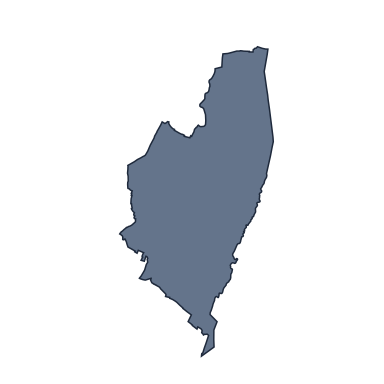 Vicovu De Sus, Suceava, Romania (Robinson projection), rotated 104°
{"feature_id": "2599482B73832637769568", "entity_name": "Vicovu De Sus", "entity_type": "district", "adm_level": 2, "iso_a3": "ROU", "parent_name": "Romania", "parent_adm1": "Suceava", "projection": "robinson", "projection_center": [25.674, 47.922], "detail": "fine", "context": "isolated", "style": "filled", "palette": "slate", "viewbox_px": 384, "rotation_deg": 104, "n_neighbors": 0, "source": "geoboundaries", "source_scale": "gbopen_adm2", "svg_char_len": 6063}
<svg xmlns="http://www.w3.org/2000/svg" viewBox="0 0 384 384"><g transform="rotate(104 192 192)"><path d="M131.2,237.9L134.7,238.6L139.8,240.0L141.8,240.6L142.4,240.5L144.0,241.0L146.9,241.8L148.2,241.8L149.1,241.9L156.6,243.8L162.9,244.8L165.4,245.5L167.6,246.2L168.6,247.1L169.4,248.1L171.3,250.0L173.7,252.8L176.5,255.2L181.7,260.7L182.4,260.3L183.2,260.2L185.4,259.7L189.4,259.1L192.1,257.8L196.9,256.5L198.0,256.7L199.2,256.5L200.5,256.2L203.6,255.2L204.0,255.0L204.1,254.7L204.1,253.7L204.2,253.4L204.9,252.5L205.1,252.1L205.4,250.3L207.9,250.6L207.9,250.1L210.0,250.1L209.9,249.4L213.4,249.4L218.1,248.5L218.0,247.9L220.4,247.0L222.0,246.1L222.6,246.8L223.5,246.3L225.0,244.7L226.1,242.8L227.6,243.2L228.9,242.5L228.8,241.9L229.7,241.7L231.1,242.0L231.8,241.1L231.7,240.2L234.5,239.7L235.2,240.0L238.9,242.6L240.3,244.2L240.8,245.2L242.0,246.3L242.1,246.9L242.4,247.2L242.7,247.2L244.9,248.9L246.2,249.7L247.3,250.5L247.7,251.0L249.0,251.4L249.2,251.7L250.2,252.0L250.6,250.7L251.4,249.0L252.0,248.6L252.5,248.3L253.7,248.0L254.7,247.8L254.9,247.6L255.0,247.1L254.8,246.7L254.7,246.4L254.2,246.3L254.0,246.1L253.9,245.4L256.6,243.4L258.1,242.6L260.9,240.8L262.5,234.9L263.1,232.8L263.9,233.1L264.7,230.5L261.6,230.0L262.6,224.2L263.8,224.6L266.0,224.9L266.8,224.8L267.1,224.7L267.2,224.1L270.6,224.9L270.7,221.5L265.5,221.2L265.6,220.2L267.0,218.9L268.0,219.2L270.9,218.0L273.4,218.8L277.8,219.0L279.3,219.1L281.8,219.8L285.8,221.0L288.4,222.2L288.7,221.3L288.9,218.5L288.8,216.1L288.5,215.5L285.6,210.8L285.8,210.7L287.4,210.9L289.8,209.0L290.4,206.9L290.6,206.9L290.7,205.7L290.9,204.9L291.0,205.0L292.0,201.1L292.4,200.2L293.5,199.1L297.2,193.0L297.8,192.5L298.2,192.3L299.8,192.4L299.8,191.8L299.8,189.9L299.7,188.2L300.1,188.2L300.5,188.0L301.0,184.7L301.2,184.1L302.0,181.7L302.7,180.0L304.6,176.8L306.9,172.5L307.2,172.6L308.9,168.8L309.0,168.7L311.4,162.9L318.7,164.4L320.9,159.5L321.4,159.5L323.8,154.0L321.5,153.7L322.4,150.7L322.9,149.7L324.1,148.6L326.1,148.6L326.3,148.4L326.5,148.0L326.8,147.6L327.3,146.8L327.9,146.4L328.0,146.1L327.6,145.9L327.1,145.6L326.9,145.1L326.8,144.1L326.3,143.2L326.3,142.9L326.3,142.7L326.7,142.0L327.2,141.2L335.5,141.8L340.5,142.3L345.6,142.6L346.0,143.1L346.4,143.4L347.8,143.3L349.0,143.1L337.1,133.1L330.2,135.1L320.6,137.4L311.8,136.3L306.8,144.4L306.6,144.8L305.0,145.1L304.4,145.1L303.7,145.0L302.1,144.7L298.8,144.5L297.5,144.4L296.3,144.5L294.3,144.3L291.9,143.9L290.3,144.1L289.4,144.1L288.9,144.0L288.1,143.7L287.5,143.1L287.5,142.6L288.1,141.3L288.0,141.0L287.4,140.8L286.0,140.8L283.8,141.1L283.6,141.0L283.4,140.7L283.4,139.9L283.5,139.3L283.4,139.0L283.2,138.6L282.7,138.3L281.9,138.1L278.7,138.1L277.5,137.9L276.5,137.5L274.4,136.5L274.1,136.4L273.4,136.5L272.6,136.4L272.2,136.2L271.5,135.8L271.0,135.3L270.1,134.6L269.1,134.5L267.5,133.7L267.0,133.7L265.8,133.7L263.7,134.2L262.3,134.4L261.8,134.3L261.0,134.0L260.0,133.9L258.9,134.0L257.6,134.0L257.2,134.2L257.0,134.4L256.9,134.7L256.8,135.5L256.6,135.9L256.1,136.3L254.9,136.5L254.4,136.8L254.1,137.1L253.8,137.1L253.0,137.0L251.8,136.5L251.3,136.0L251.0,135.7L250.8,135.4L250.8,135.2L250.8,134.2L250.9,133.3L250.8,133.1L250.5,132.7L249.9,132.4L249.2,132.3L248.7,132.3L248.4,132.2L247.0,131.6L246.3,131.5L246.1,131.6L245.8,132.0L245.8,132.6L246.0,132.8L246.9,133.4L247.0,133.7L247.0,134.4L246.4,135.0L245.3,135.6L244.3,136.7L243.5,137.2L242.5,137.5L242.1,137.5L239.0,136.6L235.4,136.0L232.9,135.6L232.1,135.4L231.5,135.2L231.1,134.8L230.7,134.2L230.5,133.6L230.4,133.5L230.0,133.2L229.5,133.0L227.8,132.9L226.8,133.0L224.9,132.9L223.7,133.0L223.4,132.8L223.1,132.1L222.9,131.9L222.3,131.6L222.0,131.6L220.7,132.3L220.4,132.4L220.0,132.3L219.6,132.0L219.1,131.6L218.9,131.5L218.7,131.5L218.3,131.8L218.1,132.3L217.8,132.3L217.6,131.9L217.4,131.7L217.0,131.5L216.5,131.7L216.2,132.0L215.8,132.0L214.7,131.7L213.3,130.8L212.5,130.9L211.7,131.4L211.2,131.5L210.9,131.3L210.8,130.9L210.9,130.1L210.8,129.9L210.6,129.7L210.3,129.5L209.4,129.5L209.1,129.4L208.0,128.8L206.8,128.3L206.2,128.0L206.0,127.9L205.8,127.9L205.2,128.1L204.7,128.1L203.3,127.2L202.8,127.3L202.1,127.5L201.8,127.5L201.6,127.3L201.4,127.0L201.2,126.6L200.9,126.4L198.7,126.2L196.5,125.6L196.0,125.5L195.5,125.6L192.9,126.4L192.4,126.4L191.9,126.3L189.8,125.4L189.2,125.3L188.8,125.4L188.2,125.7L187.5,126.3L187.0,126.3L186.6,126.2L186.3,125.9L185.6,124.4L185.3,124.0L185.2,123.9L184.6,123.7L184.2,123.8L183.4,124.6L182.5,125.0L181.9,125.1L181.0,125.1L180.2,125.4L179.5,125.3L178.9,125.5L178.2,126.0L177.7,126.1L177.3,126.1L176.8,125.9L176.5,125.7L175.7,124.9L175.4,124.7L175.2,124.6L174.5,124.6L174.2,124.6L174.0,124.8L172.6,126.1L172.3,126.2L171.6,125.9L171.0,125.6L168.5,125.1L167.7,124.8L166.9,124.4L166.1,124.2L165.2,124.2L164.5,124.3L163.1,124.2L161.8,123.9L160.9,123.6L159.9,123.3L159.0,123.3L157.8,123.4L156.0,124.2L138.1,124.6L129.2,125.1L123.5,125.3L119.2,126.7L92.8,136.9L84.7,140.2L79.5,142.1L72.8,144.9L61.7,149.4L57.6,151.1L40.4,152.3L35.0,152.9L35.5,155.1L35.6,158.6L35.2,163.6L36.8,164.4L37.3,165.5L37.6,166.0L38.2,166.1L38.9,167.0L41.4,166.7L42.3,170.4L41.7,170.5L42.8,175.8L43.0,177.8L43.3,179.5L43.7,179.8L44.4,182.6L48.3,189.6L49.0,191.0L50.5,195.4L54.4,195.0L63.5,193.3L66.8,199.4L69.3,198.9L71.7,199.0L74.8,199.7L77.3,200.5L79.0,202.0L80.1,202.3L81.4,202.0L82.9,200.9L85.1,200.2L86.7,200.4L88.7,200.2L90.3,200.2L91.7,200.9L93.1,202.7L93.9,203.0L95.8,202.7L98.4,202.1L99.4,202.4L103.2,204.5L104.4,205.3L105.6,205.5L106.9,205.0L107.4,203.9L107.5,202.2L108.5,200.7L113.7,197.6L119.4,195.9L123.2,195.2L124.7,195.7L125.5,196.5L126.5,199.3L126.4,200.5L125.6,202.0L126.2,202.5L127.6,202.8L127.9,203.2L128.5,203.7L128.9,203.7L129.8,204.3L130.6,204.7L133.2,204.7L137.2,205.7L138.1,205.8L137.7,206.8L138.9,207.1L139.9,207.2L139.9,212.7L139.5,212.6L139.3,213.4L138.8,213.3L138.3,215.1L138.5,215.5L138.5,216.0L138.4,216.3L138.1,218.0L136.7,223.0L136.5,224.1L135.5,224.1L135.2,226.0L133.9,228.2L132.7,229.7L131.5,230.8L131.1,231.1L130.5,231.3L129.6,231.4L129.6,232.7L131.0,233.7L132.1,234.8L131.2,237.9Z" fill="#64748b" stroke="#1e293b" stroke-width="1.5"/></g></svg>